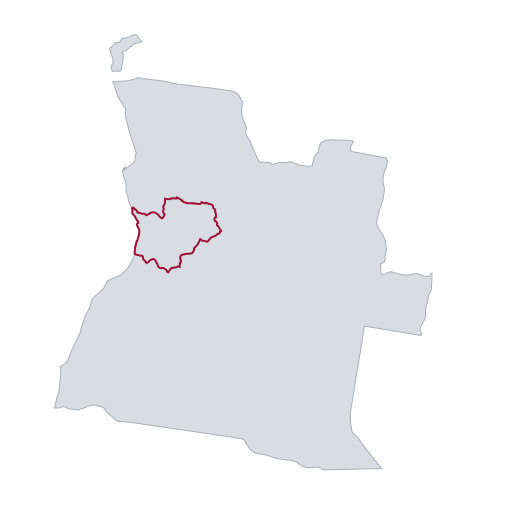 Cuanza Sul highlighted on a map of Angola, rotated 8°
{"feature_id": "AGO-1879", "entity_name": "Cuanza Sul", "entity_type": "Province", "adm_level": 1, "iso_a3": "AGO", "parent_name": "Angola", "parent_adm1": "", "projection": "albers", "projection_center": [15.061, -10.94], "detail": "fine", "context": "in_parent", "style": "outline", "palette": "rose", "viewbox_px": 512, "rotation_deg": 8, "n_neighbors": 0, "source": "natural_earth", "source_scale": "10m", "svg_char_len": 8219}
<svg xmlns="http://www.w3.org/2000/svg" viewBox="0 0 512 512"><g transform="rotate(8 256 256)"><path d="M432.7,248.5L433.2,252.4L433.7,257.9L434.0,261.8L434.4,263.5L434.6,264.5L434.0,265.5L433.5,267.8L432.7,269.8L432.2,271.3L432.5,273.9L431.6,281.7L431.4,285.6L432.3,292.5L432.1,294.7L429.5,301.0L428.7,304.1L428.6,305.8L430.9,310.5L430.7,311.5L428.8,311.7L427.3,311.7L373.2,310.3L371.4,391.2L371.2,398.1L372.7,407.2L375.7,417.2L376.9,418.1L380.0,420.0L384.4,423.9L386.8,426.7L391.7,431.7L398.2,438.1L410.1,448.9L369.4,455.7L353.8,458.2L352.4,458.2L350.1,457.0L345.2,456.7L339.3,458.1L334.6,458.4L331.2,457.7L327.9,456.3L324.6,454.3L319.0,453.5L310.9,453.9L303.2,453.4L295.7,452.0L290.3,451.4L287.1,451.7L283.7,451.2L280.0,450.1L276.9,448.2L273.3,444.2L270.4,440.4L269.7,439.8L268.8,439.2L267.8,439.1L251.8,438.7L154.1,438.2L142.7,438.9L141.8,438.7L140.4,438.3L139.5,437.5L136.2,435.3L133.4,433.7L129.6,431.0L127.2,428.0L125.1,427.1L121.4,426.6L118.7,426.1L116.4,426.0L112.5,427.4L109.5,428.8L107.4,430.2L103.8,431.8L100.7,433.3L95.3,433.2L94.1,433.4L91.1,433.3L88.3,432.0L85.4,432.2L82.2,433.9L77.7,434.6L78.6,423.4L79.7,418.5L79.6,412.6L78.8,397.2L78.0,395.1L77.4,392.6L80.2,390.7L81.7,389.3L83.6,386.7L84.9,383.1L86.5,375.2L92.3,357.1L95.0,339.3L98.5,330.8L99.8,321.3L109.8,309.1L112.2,301.6L117.4,297.8L124.8,293.9L130.0,286.9L132.5,282.0L135.4,272.8L135.3,263.1L137.1,250.2L136.7,246.5L133.9,241.4L133.4,237.7L130.8,234.1L128.0,231.4L126.7,226.5L121.9,218.9L120.5,213.7L118.2,210.1L117.8,205.5L116.6,200.8L114.2,196.0L111.9,190.6L111.9,188.9L113.3,186.9L114.6,186.2L114.2,187.2L113.3,188.5L113.5,189.4L122.4,179.8L123.0,178.0L122.7,175.9L122.6,173.4L123.0,170.4L114.4,152.9L107.5,136.7L106.3,128.5L97.2,117.7L93.7,110.7L91.6,105.8L90.1,104.0L90.6,103.0L92.9,102.7L98.1,101.6L105.1,100.3L111.6,97.4L113.3,96.1L116.8,95.8L120.3,96.5L121.6,96.0L122.3,95.9L130.6,95.9L134.0,95.7L140.4,95.7L144.4,95.9L146.7,96.2L152.8,96.7L160.6,96.6L163.3,96.3L173.4,96.2L192.3,95.9L202.2,95.9L209.8,96.0L213.2,97.0L216.4,99.0L217.8,100.8L218.5,101.5L219.4,103.4L221.1,104.9L221.7,107.2L221.2,110.3L221.4,114.0L222.4,118.4L224.4,123.0L227.6,127.8L228.9,131.6L228.5,134.4L229.4,137.4L231.7,140.5L233.4,142.2L234.4,143.5L237.0,148.3L245.5,161.8L246.8,162.5L248.7,162.3L252.7,161.7L256.7,161.7L259.5,162.9L260.6,162.7L264.9,160.5L269.1,159.8L273.5,158.9L275.9,158.0L278.5,158.0L285.7,159.9L287.1,160.0L292.9,160.1L298.8,159.2L299.8,151.5L299.8,149.9L301.3,147.0L303.1,144.5L303.4,142.1L303.3,138.8L304.7,134.8L308.7,131.7L315.0,130.3L318.7,130.1L324.4,129.3L333.0,128.5L336.2,128.7L336.5,129.1L334.5,134.6L334.5,136.5L335.1,138.3L336.6,139.3L353.8,139.9L370.3,140.8L371.2,141.1L372.0,141.5L372.9,144.3L372.6,149.7L370.8,157.5L371.3,164.8L373.9,171.7L374.0,182.2L371.4,196.2L370.7,205.2L371.9,208.9L374.5,212.9L378.6,217.1L381.6,222.4L383.7,229.0L384.4,233.1L383.8,234.8L383.8,237.7L384.4,241.9L383.5,244.6L381.2,245.9L380.4,247.8L381.5,251.4L381.7,254.6L383.2,256.8L384.2,257.0L386.5,255.9L389.3,253.8L391.5,252.9L394.6,253.1L398.9,253.8L406.5,254.2L408.9,253.9L416.1,251.2L417.9,251.0L420.7,251.4L424.7,252.3L428.7,252.6L430.7,251.8L430.9,250.6L431.6,249.1L432.7,248.5ZM113.2,59.6L112.8,60.1L109.5,61.5L106.0,62.7L101.4,67.7L99.1,69.9L98.4,70.5L96.3,71.7L94.8,72.7L94.8,73.3L95.9,73.9L96.9,75.0L96.9,83.2L96.5,91.2L95.9,91.9L93.0,92.2L89.1,92.8L87.9,93.1L87.5,92.3L86.1,89.4L86.8,86.6L87.6,84.5L86.7,80.3L84.7,76.5L82.5,71.7L81.9,70.8L83.6,69.3L86.3,65.9L87.3,64.1L90.4,63.7L91.6,62.5L92.4,60.5L92.7,59.3L96.2,58.4L100.3,56.7L102.6,54.8L105.0,53.7L106.5,53.6L107.5,54.1L110.2,57.2L112.5,59.2L113.2,59.6Z" fill="#d9dde1" stroke="#a8b0b8" stroke-width="1"/><path d="M135.6,270.9L135.1,266.1L135.2,262.9L135.3,262.2L135.6,261.7L135.4,261.4L135.4,261.1L135.5,260.7L135.6,260.4L135.6,258.7L135.7,258.1L136.3,257.4L136.4,257.0L136.4,256.2L137.1,252.0L137.1,250.2L137.1,248.0L137.0,247.0L136.5,246.0L133.9,242.1L133.7,241.6L133.7,241.1L133.9,240.6L134.8,239.5L134.8,239.0L134.6,238.5L134.3,238.1L133.1,237.1L132.9,236.8L132.7,236.4L130.0,233.1L128.1,231.6L127.7,231.0L127.5,230.4L127.4,228.4L127.3,227.7L127.1,227.1L126.5,226.3L126.9,225.4L127.0,225.3L127.1,225.2L127.5,225.2L127.8,225.3L128.3,225.6L128.4,225.9L128.5,226.0L128.8,226.2L129.2,226.3L129.5,226.4L130.9,227.1L131.2,227.4L131.4,227.6L131.5,227.9L132.4,229.1L132.7,229.6L132.8,229.7L133.0,229.7L133.3,229.6L133.3,229.4L133.3,229.2L133.5,229.2L134.4,229.5L134.8,229.6L135.7,229.6L136.0,229.6L136.2,229.8L136.3,229.9L136.6,230.1L136.9,230.1L138.6,229.8L139.1,229.8L139.6,229.8L140.5,230.1L140.9,230.3L141.2,230.5L141.3,230.7L141.4,230.8L141.6,230.9L142.0,230.8L142.2,230.7L142.7,230.2L143.9,229.5L145.7,227.9L146.4,227.5L147.1,227.2L147.8,227.0L148.4,227.0L149.1,227.0L150.0,227.2L150.8,227.4L153.0,228.4L153.8,229.1L154.3,229.7L155.6,230.9L157.6,231.8L158.4,231.0L159.2,229.7L159.4,228.9L159.6,228.4L159.4,227.0L158.5,226.3L158.1,225.8L157.7,225.1L157.7,224.4L157.9,223.7L158.1,223.0L157.9,221.9L157.3,220.3L157.3,219.6L157.6,218.8L158.0,218.2L158.3,217.5L158.3,216.4L158.3,214.3L158.0,211.9L159.1,211.9L159.7,212.0L160.0,212.1L163.1,211.6L163.3,211.5L163.5,211.3L163.7,210.8L163.9,210.6L164.3,210.6L164.6,210.7L164.9,210.8L165.2,210.5L165.4,210.5L166.4,210.2L168.7,210.4L169.2,210.2L169.3,209.9L169.1,209.3L169.2,209.0L169.4,209.0L169.7,209.1L170.6,209.3L173.0,210.3L173.3,210.4L173.7,210.4L173.9,210.5L174.0,210.9L174.6,211.1L174.7,211.3L174.8,211.5L175.0,211.7L175.7,211.8L176.0,211.9L176.2,212.1L176.5,212.6L177.3,212.7L177.7,212.7L177.8,212.8L178.1,212.7L178.7,212.8L179.3,213.0L179.6,213.3L180.1,213.1L180.5,213.1L180.9,213.3L181.4,213.3L181.8,213.2L182.5,213.0L184.7,212.7L184.9,212.7L185.4,212.9L185.6,212.9L185.8,212.7L186.0,212.5L186.7,212.5L187.3,212.7L187.8,212.7L188.7,212.3L189.0,212.3L189.7,212.5L190.2,212.5L193.0,212.3L193.4,212.2L193.8,211.9L194.1,211.5L194.3,211.1L194.4,210.8L194.4,210.5L194.5,210.3L194.8,210.3L195.0,210.3L195.4,210.6L195.6,210.7L196.2,210.7L197.1,210.9L197.7,210.9L198.0,210.8L198.3,210.7L198.6,210.6L198.8,210.4L199.1,210.2L199.3,210.4L199.5,210.6L200.0,210.6L200.5,210.4L200.9,210.5L201.1,210.6L201.7,211.1L202.1,210.8L202.5,210.8L203.0,211.0L203.6,211.1L204.9,211.2L205.4,211.3L205.9,211.7L206.2,212.1L206.5,212.5L206.7,213.0L206.7,213.7L206.9,214.1L207.2,214.6L207.6,214.9L207.7,215.1L207.9,215.2L208.5,215.3L209.0,215.6L209.1,215.8L209.3,217.7L209.6,218.3L210.0,218.5L211.1,223.0L210.8,223.3L210.3,223.5L209.9,223.8L209.7,224.5L209.7,225.7L209.9,226.2L210.1,226.7L210.3,226.9L210.4,227.0L210.6,227.0L211.0,227.0L211.3,227.1L211.5,227.3L211.8,227.5L213.1,229.1L213.1,229.4L212.9,230.4L213.0,230.8L213.1,231.0L213.3,231.1L213.8,231.4L214.5,231.8L216.2,233.9L216.3,234.1L216.4,234.3L217.1,234.8L217.4,235.6L217.7,235.8L217.9,236.0L217.1,236.5L216.9,236.8L217.0,237.0L217.2,237.4L217.2,237.6L217.1,237.8L216.3,238.9L216.1,239.1L215.3,239.3L214.7,239.6L213.6,241.1L212.9,241.7L212.2,242.1L210.5,243.0L209.4,243.7L208.7,244.3L208.2,245.0L206.5,247.8L206.0,248.4L205.4,248.7L204.9,248.7L204.6,248.6L204.1,248.4L203.1,248.2L201.4,248.3L200.6,248.3L200.1,248.0L198.5,247.0L197.3,250.9L196.8,252.2L196.2,253.3L194.4,255.9L193.7,256.8L193.7,258.8L193.3,260.3L192.6,261.7L191.8,262.4L188.8,263.2L186.6,263.6L185.8,263.8L184.8,264.3L182.5,265.1L181.4,266.2L181.0,268.2L181.7,269.4L181.8,269.9L181.8,270.2L181.9,270.6L182.0,270.8L182.1,271.0L182.4,271.3L182.5,271.4L182.5,271.6L182.4,271.7L182.3,271.8L182.2,272.1L182.1,272.3L182.1,273.0L182.1,273.3L181.9,273.4L181.8,273.5L181.7,273.6L181.5,273.8L181.6,274.0L181.8,274.2L181.9,274.4L181.9,274.6L181.8,274.9L181.8,275.1L181.6,275.7L181.5,276.5L181.6,276.8L181.9,277.3L180.5,277.3L179.8,277.4L179.3,277.7L178.9,278.1L178.7,278.3L178.3,278.4L177.4,278.6L174.1,279.7L173.3,280.5L172.8,281.2L171.4,284.4L170.8,284.3L170.1,283.9L169.9,283.4L169.7,282.8L169.2,282.3L166.5,281.0L165.8,280.8L165.1,280.8L163.9,281.2L162.9,281.3L161.2,280.7L160.3,279.5L159.5,277.9L156.7,274.1L155.7,273.4L155.1,273.3L154.4,273.4L153.7,273.7L152.3,274.5L151.7,275.0L150.3,277.0L148.5,278.3L147.1,276.6L146.4,276.0L145.1,275.2L144.6,274.6L144.4,274.0L144.2,272.5L143.8,272.0L143.2,271.7L142.6,271.6L140.9,271.8L138.5,271.4L137.8,271.4L137.0,271.3L135.6,270.9L135.6,270.9Z" fill="none" stroke="#9f1239" stroke-width="2"/></g></svg>